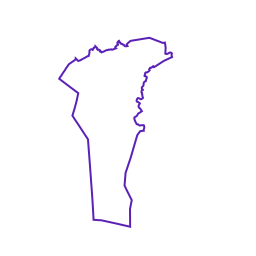 outline of Bardu nor, Troms, Norway, rotated 61°
{"feature_id": "86288312B82966611739072", "entity_name": "Bardu nor", "entity_type": "district", "adm_level": 2, "iso_a3": "NOR", "parent_name": "Norway", "parent_adm1": "Troms", "projection": "mercator", "projection_center": [18.319, 68.703], "detail": "fine", "context": "isolated", "style": "outline", "palette": "violet", "viewbox_px": 256, "rotation_deg": 61, "n_neighbors": 0, "source": "geoboundaries", "source_scale": "gbopen_adm2", "svg_char_len": 4862}
<svg xmlns="http://www.w3.org/2000/svg" viewBox="0 0 256 256"><g transform="rotate(61 128 128)"><path d="M71.2,54.3L71.0,54.9L70.5,56.3L66.6,59.5L65.6,60.4L59.5,65.5L53.0,83.6L53.7,87.0L54.3,88.6L56.1,88.7L55.7,89.8L55.1,90.9L54.2,91.2L53.9,91.1L53.7,91.2L53.7,91.3L53.4,91.3L53.2,91.4L53.0,91.5L52.8,91.7L52.6,92.0L52.4,92.2L52.2,92.3L51.9,92.3L51.7,92.4L51.7,92.5L51.2,92.8L51.0,93.2L50.8,93.3L50.7,93.3L50.4,93.4L50.2,93.4L49.9,93.5L49.7,93.4L49.6,93.5L49.4,93.5L49.1,93.8L48.8,93.9L48.7,93.8L48.6,93.7L48.4,93.7L48.2,93.6L47.9,93.6L47.5,93.6L47.4,93.6L47.4,93.8L47.5,93.9L47.6,94.0L47.8,94.0L47.7,94.3L47.8,94.5L47.7,94.6L47.6,94.9L47.6,95.0L48.1,95.3L48.3,95.7L48.4,96.0L48.5,96.0L48.8,95.9L49.0,96.0L49.3,96.3L49.7,96.3L49.8,96.2L50.1,96.2L50.3,96.3L50.3,96.5L50.3,97.0L50.3,97.6L50.3,97.9L50.3,98.0L50.5,98.1L50.6,98.4L50.7,98.5L50.7,98.8L50.8,99.1L51.0,99.2L51.0,99.4L51.1,99.5L51.1,99.8L51.1,100.0L51.6,100.1L51.9,100.4L52.1,100.5L52.4,100.3L52.0,103.1L51.8,104.1L51.1,104.5L50.9,105.0L50.7,105.9L50.0,107.0L50.1,107.4L50.0,108.0L49.8,108.1L49.7,108.4L49.4,109.7L49.4,111.6L49.3,112.5L49.2,113.1L49.1,113.6L49.0,114.5L48.4,114.6L48.1,115.0L47.8,115.3L47.4,115.4L47.2,114.9L46.8,115.1L46.7,115.0L46.2,114.9L45.8,115.2L45.0,115.8L45.0,116.1L45.0,116.3L44.9,116.4L44.9,116.6L44.6,116.7L44.3,116.8L44.0,116.7L43.2,116.4L43.0,116.5L42.5,116.3L41.9,116.5L41.7,116.6L41.2,116.9L40.6,117.0L41.0,117.4L41.2,117.7L41.3,118.0L41.5,118.5L41.2,119.1L41.5,119.4L41.8,119.7L41.9,120.2L42.0,120.5L42.6,120.9L42.6,121.0L42.1,121.1L41.6,121.4L41.5,121.8L41.4,122.0L41.2,122.4L41.2,122.6L41.3,123.1L41.4,123.8L42.0,124.5L42.7,124.8L43.2,125.0L43.5,125.2L44.6,126.2L45.8,127.4L45.6,127.5L45.7,131.4L45.6,135.1L45.6,135.5L45.7,136.0L45.6,136.6L45.6,137.2L45.5,137.8L45.3,138.9L44.8,139.2L42.0,139.9L41.7,140.0L42.0,140.2L42.5,140.5L42.7,140.8L42.8,141.1L42.8,141.6L43.0,143.3L43.2,145.6L43.4,147.6L43.5,148.2L43.6,148.9L44.3,150.3L44.8,151.3L45.0,151.8L46.0,153.8L46.7,154.8L47.9,157.3L48.1,157.8L48.7,158.9L49.1,159.5L49.6,160.5L50.6,162.6L51.6,164.3L65.2,158.3L73.4,154.6L79.6,160.0L84.9,165.1L90.2,170.6L95.2,170.3L99.5,169.9L118.5,168.5L140.7,178.7L159.3,187.3L163.0,189.0L175.0,194.6L191.6,202.6L196.0,195.8L206.4,184.0L215.4,174.0L199.8,165.5L192.9,159.7L180.4,159.2L176.6,158.9L166.0,151.8L155.5,140.3L138.8,123.4L137.4,120.6L136.7,118.8L138.0,115.5L137.5,115.4L137.0,115.1L136.6,114.6L136.3,114.2L135.6,113.6L134.7,113.2L133.8,112.9L133.6,112.8L133.2,112.9L133.0,113.1L132.9,113.4L132.8,113.6L132.4,114.3L132.3,114.6L131.9,115.5L131.4,116.7L131.3,116.8L131.1,116.9L130.2,117.2L129.8,117.3L129.6,117.7L129.3,118.1L129.1,118.4L128.9,118.5L128.6,118.5L128.4,118.5L128.2,118.5L126.5,118.5L124.4,118.3L123.4,118.0L123.0,118.0L122.5,117.7L122.2,117.5L121.9,117.3L121.8,117.1L121.8,116.6L121.8,116.0L121.8,115.8L121.8,115.4L121.8,114.8L121.7,114.5L121.5,114.1L121.1,113.4L121.0,113.1L120.3,112.2L120.3,111.9L120.3,111.5L120.3,111.0L120.3,110.8L120.3,110.4L120.2,110.0L120.2,109.8L120.2,109.0L120.1,108.5L120.1,108.3L120.0,108.0L120.0,107.7L119.8,107.7L119.0,107.8L117.8,107.8L115.4,108.4L115.2,108.5L114.6,108.4L114.4,108.4L113.6,107.8L113.2,107.4L113.0,107.0L112.7,106.5L112.5,106.0L112.3,105.7L112.1,105.7L111.5,105.9L110.4,106.5L110.0,106.8L109.4,107.3L109.1,107.4L108.8,107.4L108.6,107.4L108.3,107.3L107.9,106.9L107.5,106.5L107.1,106.0L106.7,105.4L106.7,105.0L106.7,104.8L106.8,104.5L108.2,103.4L108.5,103.3L109.1,102.8L109.2,102.6L109.2,102.3L109.2,101.3L109.1,100.7L109.0,100.4L108.8,100.3L107.9,100.1L107.7,100.1L107.0,99.9L106.1,99.4L105.3,99.4L105.0,99.3L104.8,99.2L104.5,98.8L104.3,98.7L103.9,99.0L103.7,99.0L102.5,98.5L102.2,98.1L101.9,97.7L101.8,97.4L101.8,97.1L101.8,96.8L102.0,96.3L102.1,96.2L102.2,95.9L101.8,96.3L101.4,96.5L101.1,96.8L100.8,96.9L100.5,96.9L100.2,96.8L99.7,96.6L99.3,96.3L99.0,95.7L98.8,95.2L98.7,94.6L98.6,94.4L98.5,94.2L98.3,93.9L98.1,93.7L97.8,93.5L96.6,92.7L96.2,92.4L95.8,91.8L95.7,91.6L95.6,91.3L95.5,91.0L95.5,90.8L95.6,90.4L95.7,90.1L95.7,89.9L95.5,89.6L95.3,89.5L94.4,88.5L94.0,88.2L93.7,87.8L93.2,87.3L92.8,87.0L92.6,86.9L92.3,86.9L92.1,86.9L91.7,87.1L91.5,87.3L91.4,87.4L91.2,87.7L91.0,87.9L90.9,88.1L90.7,88.3L90.2,88.2L90.0,87.8L89.9,87.6L89.3,87.2L89.0,86.9L88.2,86.2L88.1,85.8L88.1,85.6L88.1,85.2L88.6,84.6L88.5,84.1L88.5,83.9L88.5,83.6L88.6,83.3L88.6,83.1L88.5,82.7L88.4,82.1L88.2,81.6L88.0,81.1L87.5,81.1L87.0,81.1L86.8,80.8L86.1,79.5L86.1,79.2L86.5,78.7L86.6,78.2L86.5,77.5L86.4,77.3L86.2,76.7L86.1,76.1L86.2,75.9L86.6,75.8L87.2,75.9L87.4,75.8L87.3,73.0L87.1,70.6L86.7,64.0L87.2,56.4L87.3,55.8L87.3,55.0L86.8,54.9L86.4,54.9L85.8,54.7L85.3,54.4L84.7,54.2L84.2,53.6L84.0,53.4L83.7,53.5L82.9,53.9L82.7,54.1L82.4,54.5L82.3,55.0L82.2,55.6L82.2,55.8L82.3,56.0L82.3,57.6L82.1,57.9L81.9,58.2L81.8,58.7L81.7,58.9L81.5,59.0L81.1,59.3L80.8,59.2L78.4,57.6L75.9,56.1L71.2,54.3Z" fill="none" stroke="#5b21b6" stroke-width="2"/></g></svg>